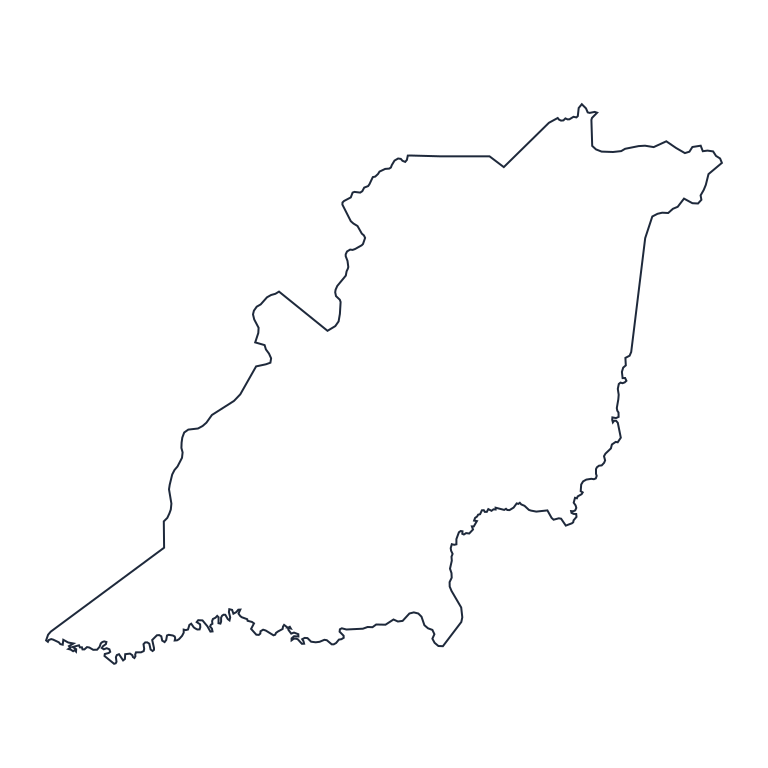 Careiro, Amazonas, Brazil (Mercator projection)
{"feature_id": "56859067B42017878754183", "entity_name": "Careiro", "entity_type": "district", "adm_level": 2, "iso_a3": "BRA", "parent_name": "Brazil", "parent_adm1": "Amazonas", "projection": "mercator", "projection_center": [-60.25, -3.748], "detail": "fine", "context": "isolated", "style": "outline", "palette": "slate", "viewbox_px": 768, "rotation_deg": 0, "n_neighbors": 0, "source": "geoboundaries", "source_scale": "gbopen_adm2", "svg_char_len": 6096}
<svg xmlns="http://www.w3.org/2000/svg" viewBox="0 0 768 768"><path d="M652.3,216.5L657.5,213.8L662.2,212.7L668.2,213.0L672.9,208.8L677.7,206.8L684.0,198.6L692.4,203.2L698.0,203.5L701.4,199.8L700.6,195.4L703.7,190.0L705.8,184.9L708.5,174.1L721.9,162.9L720.1,158.5L716.0,155.9L713.1,151.4L707.5,150.6L702.8,151.2L700.7,145.7L692.4,147.0L689.4,151.7L684.9,153.1L676.1,148.0L666.3,141.3L653.7,147.1L645.0,145.7L638.6,146.1L625.1,148.8L621.2,151.1L613.0,152.0L601.6,151.6L596.0,149.4L592.2,145.9L591.4,119.9L592.0,117.9L597.1,112.7L594.7,111.9L589.7,112.9L587.7,112.4L586.0,108.4L581.8,104.2L578.7,108.0L577.8,116.1L576.4,117.4L573.5,116.8L569.4,119.3L567.6,119.4L565.4,118.4L563.4,120.4L561.0,120.6L559.0,119.6L557.7,118.0L548.9,122.8L503.8,167.1L489.5,156.3L439.3,156.3L410.2,155.5L407.8,155.6L406.9,159.9L405.2,161.9L402.5,160.8L400.8,158.9L398.1,158.5L394.5,160.6L391.8,165.1L390.9,167.5L389.2,168.6L385.2,168.9L379.5,171.6L378.0,174.0L375.2,176.6L372.8,177.1L369.4,184.3L368.1,186.1L364.2,187.6L362.3,191.2L360.2,192.6L354.4,191.9L352.6,192.6L350.8,197.4L344.0,201.0L342.5,202.5L342.4,204.6L350.8,221.2L353.4,223.5L357.5,226.0L361.8,233.6L363.9,235.4L365.1,237.9L363.0,244.0L361.7,245.3L354.9,249.1L352.6,249.9L350.1,249.6L347.0,251.5L345.7,254.3L345.7,256.2L347.5,260.9L348.3,267.0L347.8,268.8L346.6,271.3L345.8,275.6L337.3,285.9L335.6,289.7L335.2,292.3L336.0,296.1L339.8,299.7L340.6,302.0L339.9,313.9L338.6,321.4L335.3,326.1L327.5,330.8L279.0,291.6L275.4,293.8L271.1,295.0L267.0,297.3L260.7,304.4L256.7,306.7L253.9,310.7L253.0,314.4L254.2,319.4L258.6,327.8L258.3,333.0L255.2,342.4L264.6,345.1L265.9,349.4L269.0,353.6L271.1,358.3L270.4,362.7L265.9,364.3L256.1,366.4L240.3,394.3L234.0,400.9L211.9,415.0L206.4,422.7L202.6,426.0L198.0,428.5L188.3,429.6L184.2,432.5L182.3,437.6L181.6,442.6L181.4,447.9L182.6,452.4L182.0,457.8L177.5,466.5L174.5,470.0L172.2,474.5L169.7,484.8L169.0,489.3L171.4,503.6L170.8,509.5L169.4,513.4L167.3,517.9L163.8,521.4L164.1,547.7L50.8,631.6L48.1,634.7L46.1,640.4L47.9,641.8L48.8,640.0L51.2,639.1L53.1,639.6L58.8,642.3L60.3,644.1L62.7,644.7L63.3,639.8L68.2,642.5L73.5,643.5L69.0,646.1L70.3,647.7L68.4,649.0L70.7,649.6L73.1,651.2L74.6,650.2L76.0,651.6L76.2,649.2L72.7,647.0L79.0,645.3L79.9,647.4L81.9,647.3L82.5,649.4L84.4,649.4L87.0,647.1L89.3,647.5L93.2,649.8L97.1,649.7L99.6,646.8L100.8,643.4L102.4,642.0L104.2,641.4L106.4,642.0L105.9,644.1L102.9,646.3L101.8,648.0L103.8,649.3L106.7,648.2L109.4,649.3L110.2,651.8L108.7,653.0L104.8,654.0L104.5,656.0L114.1,663.8L115.7,663.3L116.5,661.8L115.9,657.2L116.8,655.1L119.0,654.2L123.1,660.4L124.9,659.0L125.2,654.2L130.0,653.6L132.3,655.2L132.9,657.0L134.4,658.0L135.4,656.3L135.2,654.5L136.0,652.3L141.1,652.3L143.7,651.1L144.2,648.9L143.5,644.2L145.2,642.4L147.3,642.4L149.3,643.7L150.6,649.5L152.6,651.0L154.0,649.8L154.0,648.0L152.2,640.0L156.9,635.3L159.2,635.1L161.3,636.3L162.2,640.6L164.6,642.1L166.2,640.0L167.0,635.5L168.7,634.8L172.9,635.5L174.7,636.5L175.2,638.2L174.7,640.5L177.1,640.3L179.1,639.1L182.1,635.8L183.7,632.7L183.7,629.6L185.8,630.1L188.0,629.5L189.4,624.9L191.2,623.7L193.8,627.4L195.4,628.5L197.3,629.5L199.6,629.4L200.3,627.2L200.1,624.3L196.7,622.1L198.2,620.2L202.5,620.4L207.4,626.3L210.4,631.6L212.5,631.4L211.9,628.6L210.1,626.5L210.8,624.8L212.4,623.8L212.1,621.1L212.9,619.0L215.5,617.7L217.2,615.9L218.6,617.3L218.5,623.2L220.4,623.6L221.1,621.7L221.1,617.6L222.1,615.7L223.6,614.7L225.3,614.8L227.8,619.1L229.5,620.4L230.2,617.4L228.9,612.1L229.3,609.2L232.1,609.9L233.4,613.7L236.3,612.1L238.3,609.7L240.3,609.6L238.5,613.6L240.2,616.0L241.7,617.2L247.2,619.2L247.6,620.8L251.9,621.9L254.0,623.4L251.1,628.9L256.3,634.7L258.8,634.9L260.3,633.6L260.5,631.3L263.1,629.7L265.7,630.5L273.5,635.3L275.2,634.7L276.0,632.9L278.1,631.4L282.6,629.0L283.0,626.6L284.1,624.9L287.9,627.8L288.5,630.0L291.2,633.6L294.0,632.6L298.3,634.2L298.4,636.5L294.1,636.2L291.6,638.4L291.6,640.3L293.8,638.7L296.1,638.7L297.7,639.2L301.9,643.8L304.1,643.7L303.5,641.2L302.2,639.2L304.7,637.9L307.5,638.1L311.1,641.7L315.7,642.3L319.6,641.8L324.4,639.8L326.8,640.2L331.7,644.3L333.8,644.3L336.1,643.0L338.9,639.6L341.4,639.2L343.7,637.8L343.6,635.7L339.6,631.7L339.9,629.3L341.8,628.3L346.4,629.5L362.9,628.7L367.6,627.0L372.5,627.2L376.2,624.5L385.5,624.7L393.5,619.5L397.9,621.5L402.6,620.9L409.4,613.5L413.8,612.4L418.3,613.5L421.5,616.7L424.4,625.2L428.0,628.3L432.4,629.9L434.4,634.2L432.4,638.7L434.6,642.8L438.4,646.0L442.9,646.2L461.3,622.0L462.3,617.3L461.2,607.5L451.5,590.9L449.7,586.6L449.6,582.1L451.7,577.7L451.5,573.1L450.0,568.7L451.8,560.7L451.5,556.7L452.6,553.9L451.1,550.7L450.7,548.2L451.8,544.2L454.2,544.8L456.4,544.3L456.4,539.1L458.9,532.3L460.7,531.0L462.5,531.3L462.3,533.8L463.9,534.5L466.1,533.1L469.2,533.5L473.0,529.5L471.9,526.4L473.8,526.4L476.9,521.1L474.1,520.6L475.1,517.9L477.1,516.5L478.1,514.7L480.1,514.2L481.9,510.3L483.8,510.2L484.8,511.9L486.8,511.9L488.3,509.1L491.5,510.8L493.5,509.3L495.6,509.5L495.6,507.7L504.2,509.9L506.0,508.8L507.3,510.0L509.5,510.1L513.6,507.6L516.7,503.4L518.3,503.9L519.8,502.8L521.2,504.4L524.5,505.8L528.9,509.9L531.0,510.6L536.3,511.6L547.4,510.4L551.6,517.9L553.6,519.7L558.8,518.3L561.1,518.7L565.8,525.6L571.9,523.3L573.2,522.3L573.6,520.3L576.5,516.9L576.2,514.0L573.6,513.9L571.5,512.9L571.1,511.1L573.2,511.3L575.2,510.4L576.3,507.9L575.6,505.4L573.7,502.7L575.0,497.8L576.9,498.3L577.7,496.4L581.6,494.2L582.7,492.4L580.7,491.2L581.2,484.5L583.1,481.4L586.3,479.6L591.3,478.8L593.9,479.2L595.8,478.4L596.7,475.9L596.0,473.8L596.0,469.1L596.9,467.3L599.0,465.7L601.7,465.4L604.1,462.8L605.1,460.4L604.0,456.2L605.4,453.7L610.9,448.4L611.9,444.5L615.7,441.9L617.7,442.3L620.8,437.7L617.8,422.8L616.1,420.8L614.2,420.7L612.9,422.4L612.2,419.8L612.4,417.4L616.0,418.1L618.6,416.9L618.5,412.5L617.3,410.7L616.8,408.1L618.3,399.4L618.7,394.8L617.8,388.9L618.8,384.0L620.5,382.6L622.5,383.2L624.7,382.4L626.4,380.8L625.1,378.0L622.6,378.1L621.9,371.9L623.2,367.6L625.8,365.4L625.4,357.9L629.6,355.7L631.2,352.0L645.2,238.1L652.3,216.5ZM287.9,627.8L289.8,626.8L290.8,628.5L287.9,627.8Z" fill="none" stroke="#1e293b" stroke-width="2"/></svg>